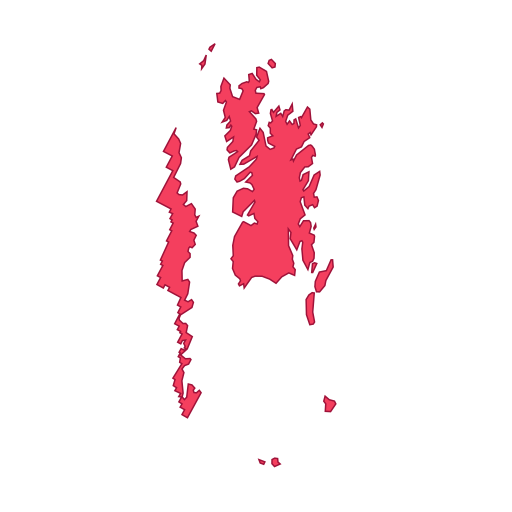 Kodiak Island, Alaska, United States of America, rotated 298°
{"feature_id": "52423323B80008995120080", "entity_name": "Kodiak Island", "entity_type": "district", "adm_level": 2, "iso_a3": "USA", "parent_name": "United States of America", "parent_adm1": "Alaska", "projection": "equal_earth", "projection_center": [-153.82, 57.362], "detail": "fine", "context": "isolated", "style": "filled", "palette": "rose", "viewbox_px": 512, "rotation_deg": 298, "n_neighbors": 0, "source": "geoboundaries", "source_scale": "gbopen_adm2", "svg_char_len": 6158}
<svg xmlns="http://www.w3.org/2000/svg" viewBox="0 0 512 512"><g transform="rotate(298 256 256)"><path d="M223.1,253.6L221.9,255.4L225.7,258.1L222.2,260.6L235.0,262.2L237.8,264.7L241.0,270.9L242.0,278.9L241.3,286.5L249.7,288.5L256.5,292.9L257.0,299.2L262.4,297.0L263.8,293.7L267.3,292.8L270.2,289.6L273.6,288.3L280.4,279.9L295.1,271.8L293.2,275.8L287.3,278.1L280.6,289.1L289.5,288.0L291.0,289.3L290.1,290.8L283.8,293.2L274.3,299.4L268.4,308.2L275.5,306.6L277.9,308.4L281.2,308.3L286.2,305.9L292.0,299.7L295.3,300.7L300.8,298.5L301.7,297.6L301.3,292.3L308.0,290.8L311.1,288.5L312.1,286.2L309.4,281.4L302.5,280.9L304.1,278.3L309.6,277.6L315.3,280.0L324.7,269.5L328.8,268.7L330.7,270.5L323.8,275.2L322.2,279.6L324.9,279.4L327.9,281.9L326.1,285.0L328.7,286.5L334.3,285.1L336.8,282.1L335.3,279.8L338.3,277.4L342.7,277.8L357.6,274.6L360.6,272.5L354.8,269.3L342.3,270.3L335.8,267.7L336.6,266.3L347.1,266.9L355.2,263.2L350.0,259.4L344.2,260.6L342.8,259.7L345.4,257.5L350.5,256.0L357.6,257.3L359.3,260.2L364.2,262.5L369.1,258.7L371.5,258.9L371.9,261.3L373.0,261.1L377.7,257.4L379.4,253.9L379.7,252.2L378.3,250.5L364.2,244.4L357.4,244.5L358.9,243.1L357.2,241.7L369.4,241.5L373.7,244.9L379.7,244.7L385.7,247.9L388.2,244.8L390.5,245.8L388.8,247.7L398.5,248.7L400.3,247.9L399.6,244.8L401.9,240.5L410.9,234.6L411.7,231.5L399.5,231.2L400.1,230.1L398.3,228.6L392.1,233.8L389.1,233.4L395.7,226.7L394.0,225.7L390.8,227.3L389.1,226.2L391.0,222.2L386.9,221.6L388.7,219.0L395.2,217.9L401.1,220.6L407.2,216.6L400.3,216.7L399.2,213.7L397.3,212.8L391.7,214.1L393.6,210.9L388.8,208.2L392.6,207.0L396.2,208.6L399.1,205.8L391.0,204.0L392.8,201.2L392.1,200.6L388.6,201.8L383.0,207.2L380.4,206.5L380.2,204.9L376.8,205.6L375.6,208.6L371.1,211.0L370.0,214.4L365.8,210.8L363.5,212.1L361.6,214.0L361.6,221.1L359.9,221.2L356.8,218.4L357.8,213.2L368.5,204.3L370.6,199.6L361.3,200.7L359.6,204.4L346.2,202.0L341.5,203.2L334.0,198.8L329.4,198.8L331.4,202.1L344.4,210.2L341.7,210.9L331.6,208.2L317.2,200.5L314.0,201.2L312.4,204.5L314.2,206.4L318.9,209.4L327.3,211.5L327.6,213.2L325.5,215.0L316.5,212.2L317.7,216.3L317.2,218.8L314.0,223.1L311.2,222.6L311.4,217.0L309.9,213.1L304.4,208.9L296.8,208.6L283.9,214.7L284.2,224.8L289.1,223.9L304.4,228.5L303.1,229.8L288.2,229.2L288.0,230.7L292.6,234.2L288.6,237.4L287.2,241.5L284.8,242.0L284.3,239.1L280.5,237.3L280.5,229.0L279.6,228.3L263.1,227.9L254.5,230.5L245.6,235.8L241.8,235.2L240.4,238.5L234.0,241.1L229.4,246.7L228.3,252.4L226.8,254.0L223.1,253.6ZM109.5,271.7L110.8,269.0L107.2,267.6L106.3,265.3L108.1,263.6L110.6,264.0L112.1,260.0L111.2,256.3L98.8,261.1L95.6,260.2L97.0,256.9L100.7,256.0L111.1,249.1L119.2,247.1L121.5,243.7L125.7,244.4L128.9,247.2L134.0,247.2L134.5,245.9L132.1,241.9L133.3,235.9L141.7,238.9L154.9,237.6L155.6,230.3L162.4,228.3L163.5,225.6L162.1,223.2L163.4,218.5L164.9,217.3L168.6,217.0L180.5,223.6L185.7,222.5L187.2,219.6L183.7,217.5L183.5,213.7L190.6,213.5L201.8,209.6L203.3,206.8L199.3,202.5L208.5,197.4L216.7,196.1L223.9,198.4L227.1,196.7L228.1,193.8L231.5,192.9L233.1,193.3L233.3,195.7L237.7,196.9L240.8,193.7L246.2,193.5L247.2,190.5L246.5,185.9L248.8,186.0L255.0,190.7L258.5,186.8L264.3,186.8L262.0,185.0L263.6,182.6L268.9,180.3L271.9,174.4L266.7,170.8L267.4,167.7L272.4,168.8L280.4,164.9L275.4,162.5L274.0,159.1L274.7,156.7L284.3,155.7L285.8,154.3L286.7,146.4L302.2,146.0L307.7,144.0L311.1,139.5L320.0,136.6L323.0,132.8L325.4,126.2L331.9,125.2L304.9,125.2L305.0,135.1L292.3,135.1L292.3,142.5L257.6,142.5L257.7,158.9L254.0,158.9L254.3,162.5L248.6,162.5L248.5,164.9L246.2,164.9L246.2,167.4L238.7,167.5L238.7,169.8L227.3,169.9L227.3,172.3L207.5,173.5L207.6,175.7L203.9,175.7L203.9,178.2L192.2,178.2L192.2,181.9L184.3,181.9L184.2,189.2L187.9,189.2L187.8,194.4L184.2,194.4L184.1,209.2L175.8,209.7L175.7,213.5L169.3,213.6L169.1,215.9L158.0,216.0L158.0,221.1L154.0,221.1L154.0,224.8L152.5,224.8L152.5,227.3L143.1,227.3L143.1,230.8L146.8,230.7L148.7,233.3L144.9,233.2L143.1,235.8L141.2,235.8L141.3,237.2L139.2,237.3L139.1,233.4L134.9,233.3L134.9,234.6L130.6,234.6L130.5,237.1L126.3,238.5L126.1,241.1L109.1,240.0L108.9,242.5L102.7,243.8L102.4,247.7L99.0,247.6L99.3,254.0L95.6,253.8L96.6,256.5L91.0,256.4L90.7,260.1L86.9,260.0L86.8,265.1L81.2,265.1L81.0,271.4L109.5,271.7ZM320.8,193.0L324.6,195.2L335.1,194.7L352.0,199.9L363.7,198.9L367.7,197.3L367.0,194.5L375.2,193.3L377.0,191.5L380.3,182.4L382.0,183.8L381.4,188.6L383.4,191.3L387.6,187.3L402.5,187.7L403.1,186.8L399.7,179.5L401.9,177.6L405.2,177.6L407.4,180.2L406.0,181.7L408.1,183.5L414.0,185.7L416.2,185.2L423.9,178.6L424.3,170.2L422.7,168.3L415.9,171.8L413.6,177.1L411.4,177.1L412.0,173.0L415.4,166.9L412.8,164.4L407.4,167.9L405.7,167.8L405.5,166.1L401.8,162.7L398.3,161.1L396.3,162.1L397.1,164.8L395.8,167.1L386.6,168.0L385.7,160.5L391.8,154.2L395.0,152.9L398.0,144.2L389.2,145.4L385.7,147.5L382.7,147.5L381.1,145.1L374.1,150.0L375.1,155.0L378.9,156.0L378.1,157.6L369.4,158.9L363.9,163.8L358.4,163.3L362.0,166.5L366.6,166.9L363.2,170.2L358.0,168.8L355.1,169.7L356.8,172.1L359.8,172.3L359.2,173.7L354.8,174.4L347.4,172.1L343.3,176.3L350.6,180.3L346.3,181.8L338.5,179.8L336.1,180.6L334.7,184.5L338.7,187.5L340.0,189.4L339.5,190.8L330.5,185.8L328.1,186.4L320.8,193.0ZM252.8,326.2L254.2,329.0L262.2,330.7L267.2,329.2L282.5,329.3L288.6,325.4L287.9,324.1L276.1,325.0L271.6,319.5L261.4,320.3L256.6,322.4L252.8,326.2ZM220.6,335.8L222.8,338.5L225.2,338.7L233.1,332.4L250.7,324.8L250.0,322.8L246.5,321.0L241.1,320.7L227.9,328.1L220.6,335.8ZM151.4,390.1L153.6,394.9L162.9,395.9L164.7,393.4L163.5,388.1L164.7,382.8L159.6,384.0L158.2,387.0L151.4,390.1ZM78.8,371.2L83.7,375.0L84.4,372.1L87.3,370.2L86.3,367.4L83.8,365.7L80.1,367.6L78.8,371.2ZM431.7,176.3L429.7,181.9L431.8,184.0L435.0,182.7L436.8,177.3L434.9,175.8L431.7,176.3ZM395.8,120.1L401.5,120.8L410.1,117.7L403.9,118.1L399.2,116.1L398.9,118.7L395.8,120.1ZM267.6,312.9L268.0,313.8L277.9,313.2L277.5,310.9L275.7,309.5L267.6,312.9ZM416.5,117.4L415.8,120.3L424.2,120.2L418.7,117.3L416.5,117.4ZM75.2,356.9L75.7,360.6L78.4,360.5L77.6,354.2L75.2,356.9ZM402.0,251.1L400.5,253.9L404.2,253.5L404.7,252.1L402.0,251.1ZM306.8,294.9L309.8,295.3L312.0,293.7L307.8,293.9L306.8,294.9Z" fill="#f43f5e" stroke="#9f1239" stroke-width="1.5"/></g></svg>